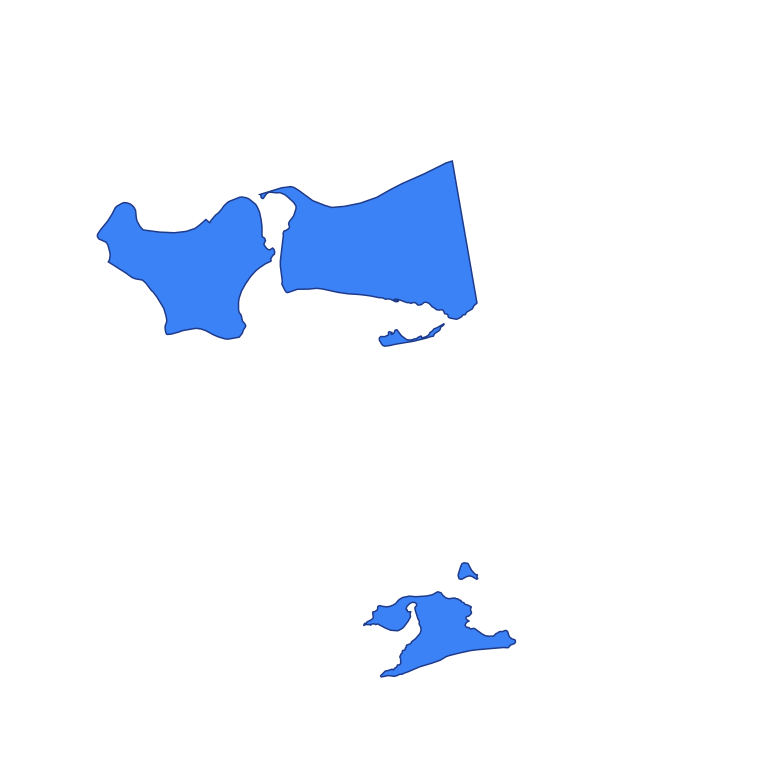 outline of Cidade De Maputo, Maputo, Mozambique, rotated 59°
{"feature_id": "85939544B59479814848654", "entity_name": "Cidade De Maputo", "entity_type": "district", "adm_level": 2, "iso_a3": "MOZ", "parent_name": "Mozambique", "parent_adm1": "Maputo", "projection": "robinson", "projection_center": [32.742, -25.953], "detail": "fine", "context": "isolated", "style": "filled", "palette": "blue", "viewbox_px": 768, "rotation_deg": 59, "n_neighbors": 0, "source": "geoboundaries", "source_scale": "gbopen_adm2", "svg_char_len": 6167}
<svg xmlns="http://www.w3.org/2000/svg" viewBox="0 0 768 768"><g transform="rotate(59 384 384)"><path d="M157.6,392.9L159.0,392.1L160.4,393.2L162.1,392.9L162.5,392.5L162.7,392.0L162.4,391.1L160.4,386.7L160.4,384.2L160.8,383.0L164.7,377.8L166.3,374.8L167.5,373.7L171.0,371.3L174.4,370.1L181.9,367.9L186.3,367.8L188.5,369.2L193.4,374.9L196.1,381.6L196.7,382.4L197.7,383.4L200.2,383.9L201.0,384.4L201.7,385.7L201.9,389.2L201.4,390.6L201.7,391.5L203.3,393.2L204.6,393.6L225.3,409.6L229.7,412.2L243.5,418.2L245.2,419.7L246.4,420.2L253.4,420.7L255.0,420.4L256.0,419.6L256.3,418.5L258.2,409.4L263.8,399.8L267.3,392.4L271.0,387.6L281.7,376.3L288.3,368.2L294.2,359.6L297.7,355.0L301.5,350.3L307.6,343.6L308.6,341.9L309.9,340.5L312.2,339.0L312.7,337.3L314.5,334.9L319.4,331.7L320.4,329.9L320.4,329.2L320.3,328.8L319.8,328.6L319.1,329.6L318.4,331.9L317.0,332.3L316.8,331.5L317.6,329.7L319.7,327.5L325.6,322.8L326.7,321.5L326.8,320.8L328.6,319.6L329.4,316.6L330.7,315.1L333.8,314.3L335.1,311.6L335.2,310.8L334.7,307.7L335.5,305.9L337.6,304.1L339.8,303.4L342.5,303.0L344.5,301.8L347.4,300.7L349.1,298.6L349.7,296.7L351.2,295.4L352.6,295.3L354.6,295.8L355.2,295.6L356.3,294.2L357.6,293.6L359.2,294.3L360.3,294.2L361.4,293.5L365.7,288.7L366.1,287.5L366.4,284.2L366.2,282.7L365.4,280.6L366.4,278.7L365.1,276.3L365.0,275.4L365.1,269.7L363.2,266.5L362.5,262.6L228.0,210.6L226.5,217.0L224.5,241.8L221.6,264.6L220.7,278.1L220.3,294.0L216.8,311.1L211.4,326.3L205.8,337.8L200.4,342.8L190.1,350.7L174.3,357.3L169.4,359.8L166.9,362.1L163.1,370.7L157.6,392.9ZM137.3,557.4L156.3,547.9L162.8,545.2L165.7,543.0L170.5,537.5L175.2,536.1L184.1,535.2L186.3,534.5L193.2,533.8L205.8,533.8L212.8,535.6L217.2,537.2L219.0,538.5L221.4,541.5L222.8,542.6L226.9,544.4L229.3,544.7L230.0,544.1L231.7,540.5L233.9,532.6L234.2,530.4L235.1,527.5L239.3,516.8L240.9,514.4L241.7,513.9L242.0,513.0L246.6,509.2L253.9,504.9L258.1,501.9L263.5,497.0L265.3,494.4L269.3,484.0L267.5,479.3L265.3,476.8L263.8,473.6L262.8,472.5L260.6,472.3L257.2,472.9L251.7,471.1L250.2,471.0L248.4,471.4L245.4,470.4L239.1,466.7L235.7,463.9L230.9,458.2L227.0,451.4L223.3,443.3L221.8,438.6L220.8,435.0L220.2,430.4L219.9,423.5L220.5,417.7L219.9,417.1L218.4,416.8L216.5,413.1L216.4,411.3L214.8,409.8L212.0,409.0L210.1,409.5L210.2,412.3L209.9,413.2L209.0,414.1L207.1,414.8L203.2,415.2L201.8,414.4L200.2,411.8L199.4,411.9L198.5,411.3L197.4,411.3L195.3,412.4L193.7,412.0L186.0,407.4L179.8,404.7L172.6,402.2L167.1,401.5L163.9,401.5L155.8,404.4L153.5,406.1L150.4,409.6L149.5,411.9L147.7,423.0L147.8,424.7L148.9,429.5L150.6,433.3L152.0,437.6L152.5,441.5L154.7,448.0L156.0,450.3L151.3,452.0L152.9,461.0L153.3,466.0L151.3,475.0L146.4,485.8L138.4,497.9L128.7,510.1L127.6,511.2L123.1,512.0L117.1,511.8L113.7,510.6L107.4,507.6L104.6,507.3L101.8,507.7L98.9,508.9L96.4,511.0L94.6,513.4L94.2,515.6L94.0,521.2L94.5,523.5L98.4,529.7L102.0,536.9L105.8,547.5L108.2,552.5L110.1,553.8L112.8,553.7L119.3,549.2L122.4,549.0L130.0,551.2L132.6,552.4L136.2,555.4L137.3,557.4ZM673.7,405.9L673.1,404.4L671.5,403.5L670.6,403.6L668.4,405.6L665.7,406.6L664.3,406.6L660.3,405.6L659.3,405.7L658.0,406.4L657.5,407.7L657.3,410.0L656.0,411.8L655.7,413.6L655.9,415.1L655.6,416.6L656.5,419.6L654.5,423.7L653.6,424.5L652.6,426.3L649.0,428.6L640.9,432.0L639.7,432.8L638.5,436.1L636.4,436.7L635.2,438.5L633.1,438.8L632.3,438.6L630.9,436.1L630.9,433.3L628.4,434.4L627.2,434.5L626.5,434.1L625.9,433.0L626.5,431.5L626.5,429.9L625.6,427.2L624.2,426.4L622.7,426.5L620.5,424.8L620.3,424.2L619.6,424.1L615.8,426.7L614.8,428.0L612.8,428.2L610.3,429.9L609.2,429.5L608.0,430.7L606.4,431.2L604.9,433.0L603.8,433.6L603.7,434.5L603.1,435.1L601.6,438.8L599.0,441.3L595.4,442.4L592.1,442.7L591.6,443.6L590.3,444.3L589.7,445.4L589.6,451.0L587.6,456.8L582.6,466.5L578.9,471.5L576.7,477.7L576.5,480.1L576.7,482.8L578.2,487.2L578.2,490.2L577.6,493.7L576.2,496.8L573.7,499.9L571.9,501.6L571.5,502.8L571.8,504.2L573.2,505.1L574.1,506.1L574.4,509.0L573.7,510.9L574.4,511.6L578.3,513.2L579.4,514.7L579.5,517.3L579.2,521.1L579.9,522.4L579.3,523.8L580.1,525.4L580.6,525.5L580.8,524.7L580.6,523.8L580.7,523.3L581.5,522.5L583.0,519.9L583.8,519.7L583.5,517.7L585.1,515.4L586.0,514.9L586.4,513.0L593.8,508.6L598.5,505.1L602.5,499.5L602.8,498.0L602.9,494.1L602.5,492.2L599.6,485.2L597.3,481.4L596.6,480.8L594.7,480.3L593.1,478.4L592.7,478.7L592.2,480.0L591.4,480.7L590.5,481.0L589.8,480.5L589.1,480.6L588.8,481.0L587.9,480.8L586.3,478.6L585.4,474.5L585.8,472.0L587.2,470.1L589.2,469.3L590.5,470.1L591.0,470.6L591.3,472.3L591.9,472.9L594.2,473.8L602.5,475.8L605.8,476.0L607.6,477.4L611.8,477.9L614.2,479.1L616.3,481.4L618.6,488.3L619.1,493.0L620.3,494.8L619.5,499.0L619.7,499.6L620.9,500.3L621.3,501.6L622.6,503.0L622.7,503.6L622.1,505.1L622.3,505.8L624.0,507.1L624.3,508.7L626.1,511.0L628.0,511.3L632.0,513.5L632.6,514.9L632.6,515.8L631.8,517.1L633.2,519.1L633.1,521.3L634.0,523.1L632.6,524.0L631.5,528.8L630.7,530.7L632.4,537.2L633.2,537.4L633.9,536.8L636.1,530.5L640.0,525.5L640.7,522.7L640.8,520.5L642.2,517.6L642.2,515.9L643.1,511.5L644.8,499.0L647.9,486.9L649.3,480.2L649.7,477.9L649.7,471.4L650.3,468.2L653.1,458.9L657.0,447.3L659.9,440.7L671.4,417.3L673.5,414.3L674.0,413.1L672.9,409.9L673.7,405.9ZM362.8,335.9L366.6,323.5L367.2,320.3L368.4,317.1L367.2,315.2L366.8,313.8L366.7,309.5L366.2,307.9L364.8,306.4L364.4,305.5L364.4,303.3L363.6,301.6L363.3,301.7L363.2,302.4L363.1,309.6L362.5,312.7L363.4,315.1L363.6,318.0L365.0,320.4L365.1,323.5L364.4,326.8L364.1,327.8L362.4,327.4L361.9,327.7L361.6,331.1L361.9,333.2L361.1,334.3L360.5,337.5L358.6,340.8L356.9,342.1L351.5,344.2L344.2,345.0L343.7,346.0L343.7,346.9L345.5,349.4L345.6,351.0L345.5,351.8L344.9,352.1L344.4,351.9L344.4,350.8L344.0,350.7L341.9,352.5L341.9,353.2L342.3,353.8L344.1,354.7L344.2,355.4L343.8,358.9L341.7,362.3L342.0,363.9L342.5,364.6L344.2,365.4L348.1,365.5L350.5,365.1L352.0,363.8L354.1,359.0L355.7,354.0L362.8,335.9ZM596.6,403.5L596.1,402.5L595.4,402.4L594.7,403.4L593.7,403.9L588.8,404.9L581.1,404.5L578.8,407.0L578.3,408.3L578.2,409.7L579.9,412.2L585.4,418.4L586.8,419.3L589.6,419.9L591.1,418.6L591.5,417.2L591.6,412.6L592.5,409.5L594.3,407.7L599.1,405.1L599.1,403.9L596.6,403.5Z" fill="#3b82f6" stroke="#1e3a8a" stroke-width="1.5"/></g></svg>